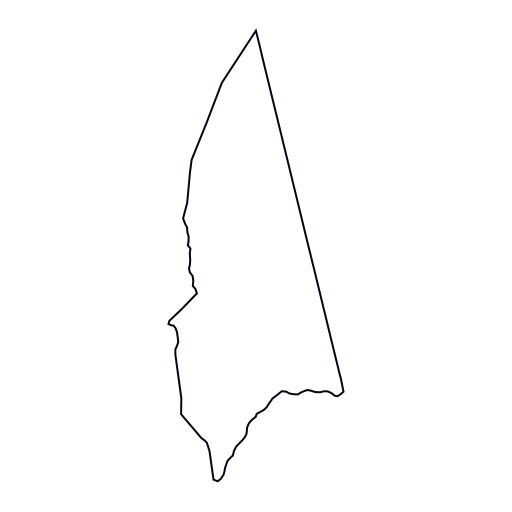 Biritinga, Bahia, Brazil (Equal Earth projection)
{"feature_id": "56859067B78935603174134", "entity_name": "Biritinga", "entity_type": "district", "adm_level": 2, "iso_a3": "BRA", "parent_name": "Brazil", "parent_adm1": "Bahia", "projection": "equal_earth", "projection_center": [-38.796, -11.57], "detail": "fine", "context": "isolated", "style": "outline", "palette": "ink", "viewbox_px": 512, "rotation_deg": 0, "n_neighbors": 0, "source": "geoboundaries", "source_scale": "gbopen_adm2", "svg_char_len": 1406}
<svg xmlns="http://www.w3.org/2000/svg" viewBox="0 0 512 512"><path d="M343.5,391.7L341.0,379.2L339.6,373.9L333.0,346.9L331.9,342.4L313.6,267.1L312.8,264.1L310.9,256.1L310.0,252.6L308.0,244.5L292.2,179.5L274.0,105.0L264.8,67.3L262.1,56.2L260.1,47.6L255.9,30.7L221.9,82.7L206.3,123.5L191.6,159.9L189.9,173.3L187.2,202.8L183.1,218.3L185.0,223.6L187.1,227.5L187.3,231.9L188.6,236.4L188.6,240.9L187.8,245.3L190.4,248.5L189.8,253.3L190.2,259.6L189.9,264.8L189.0,268.5L189.9,272.5L192.6,275.9L193.3,280.9L192.8,286.0L195.3,288.8L196.9,293.4L182.3,308.5L169.4,320.8L168.5,324.0L170.9,325.2L173.6,325.6L175.7,328.5L177.0,332.2L177.6,336.5L178.3,342.1L176.9,346.0L175.3,349.6L175.4,354.8L181.3,398.1L181.1,414.2L201.3,438.0L204.7,440.5L206.8,442.7L208.1,446.6L209.5,451.1L213.5,479.6L217.6,481.3L220.6,479.1L223.5,474.8L224.5,471.3L225.0,468.2L226.2,464.6L227.6,460.7L230.6,457.6L232.8,455.6L234.1,450.6L236.3,446.4L239.7,443.0L242.5,440.1L244.7,437.4L246.5,433.9L247.2,427.2L248.9,423.3L251.2,420.6L253.5,418.6L255.7,416.8L256.7,413.9L259.6,412.3L263.9,409.9L266.7,407.2L269.0,403.5L272.6,398.4L276.1,395.8L279.2,393.3L281.9,391.2L286.2,391.7L289.5,393.5L293.0,394.1L295.7,394.4L298.0,394.3L301.5,392.2L304.5,391.0L307.4,390.0L311.4,390.8L314.5,391.9L317.1,392.2L320.5,392.2L323.9,391.3L327.5,391.3L331.6,393.2L334.7,395.7L337.4,396.2L340.5,394.3L343.5,391.7Z" fill="none" stroke="#020617" stroke-width="2"/></svg>